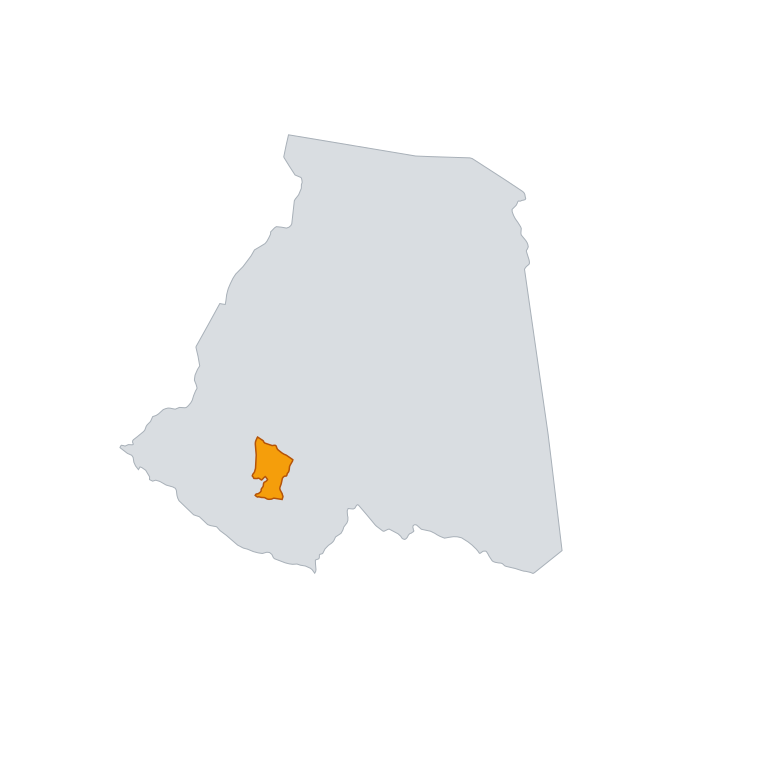 Laghouat on a map of Algeria (Albers equal-area conic projection), rotated 225°
{"feature_id": "DZA-2193", "entity_name": "Laghouat", "entity_type": "Province", "adm_level": 1, "iso_a3": "DZA", "parent_name": "Algeria", "parent_adm1": "", "projection": "albers", "projection_center": [2.543, 33.694], "detail": "fine", "context": "in_parent", "style": "filled", "palette": "amber", "viewbox_px": 768, "rotation_deg": 225, "n_neighbors": 0, "source": "natural_earth", "source_scale": "10m", "svg_char_len": 5561}
<svg xmlns="http://www.w3.org/2000/svg" viewBox="0 0 768 768"><g transform="rotate(225 384 384)"><path d="M525.7,152.3L526.3,153.7L526.4,155.0L524.5,156.3L523.2,157.0L521.9,160.4L519.1,162.9L518.7,163.6L518.7,164.2L520.7,165.1L521.5,166.0L521.8,167.3L521.2,172.0L520.4,180.3L520.5,182.1L521.4,184.2L522.2,185.8L522.6,187.7L522.6,192.4L523.6,195.0L524.5,197.4L522.9,200.6L522.3,203.4L522.1,207.3L522.0,209.8L521.0,212.1L519.7,214.3L518.1,215.7L516.1,217.0L513.8,218.6L512.1,222.8L508.1,226.3L507.2,227.5L507.0,230.2L507.3,234.0L508.1,236.9L510.4,241.2L512.4,246.0L513.0,248.4L513.7,249.2L516.3,250.7L520.7,252.6L521.5,253.5L523.9,256.7L526.2,262.5L527.1,266.5L535.1,272.1L542.8,276.9L543.4,277.7L548.5,295.6L550.3,301.9L557.0,324.8L554.9,326.2L552.5,328.0L554.6,331.0L558.4,335.9L560.8,339.9L561.7,341.6L563.7,346.6L565.4,351.5L565.8,353.1L566.6,356.9L566.7,367.4L568.6,380.7L570.4,387.2L568.8,393.4L567.4,399.2L567.7,402.1L569.0,406.5L570.2,409.8L571.7,411.4L571.8,417.0L571.4,419.1L567.5,422.3L563.2,425.3L562.1,427.6L561.9,430.2L562.6,432.2L577.0,450.2L577.5,452.0L578.1,457.3L580.8,463.9L583.4,466.6L584.4,468.7L586.2,470.1L587.9,471.2L589.0,471.2L594.7,468.9L605.0,471.1L614.8,473.4L615.6,473.9L622.0,483.6L627.7,492.7L522.8,567.6L511.1,578.4L483.2,604.6L481.0,605.8L442.9,614.0L423.0,618.0L422.1,618.2L420.9,618.2L420.1,618.2L418.4,617.6L416.3,616.1L414.9,615.3L414.6,614.1L415.4,612.6L416.4,611.2L416.7,610.0L417.4,609.2L418.3,608.5L418.3,607.5L417.6,606.0L416.9,603.8L416.9,599.8L416.9,598.0L415.1,596.4L411.6,594.8L408.5,593.8L407.0,593.5L403.5,592.9L398.7,591.8L397.0,591.1L393.8,587.4L392.3,586.4L385.1,585.7L382.7,585.1L380.7,584.2L379.0,583.0L378.1,581.0L377.8,579.3L377.2,578.5L369.3,574.4L367.3,573.0L366.2,571.7L366.2,569.9L366.4,567.6L366.1,565.5L365.8,564.5L232.3,464.4L225.4,459.0L209.8,446.8L140.3,392.1L144.1,357.8L144.4,356.0L144.9,355.3L147.3,354.3L151.3,351.8L152.7,350.6L154.6,349.5L161.0,346.2L162.4,345.3L168.7,341.4L170.1,340.8L173.3,340.7L174.7,340.0L176.6,338.4L179.4,336.5L181.2,335.7L181.6,335.6L182.7,335.5L188.0,336.6L190.2,337.3L192.9,337.9L193.8,337.8L194.5,337.2L195.7,335.8L196.0,334.1L196.2,332.6L196.5,332.0L197.0,331.8L198.1,332.0L199.7,332.3L202.9,332.5L204.0,332.4L207.7,332.4L212.9,331.8L220.4,330.1L224.1,327.8L226.9,325.2L229.8,321.3L232.2,317.8L236.6,315.9L240.2,314.8L242.3,314.4L247.0,312.8L254.9,307.7L261.3,307.3L262.1,306.8L263.0,305.9L263.2,304.3L262.2,303.0L260.9,302.3L260.1,301.6L259.2,301.4L258.7,300.6L259.1,299.1L259.3,297.7L260.0,296.4L259.9,294.4L259.2,292.4L259.0,291.0L259.1,289.6L259.6,288.6L261.0,287.9L262.5,287.7L264.6,288.2L268.2,288.0L277.7,285.1L278.4,284.1L279.2,281.8L279.9,279.8L280.9,279.2L281.5,279.1L289.0,278.1L290.6,278.1L304.5,279.4L316.4,280.3L317.5,279.8L317.5,278.3L316.8,275.5L317.4,273.8L319.2,272.3L321.3,270.6L320.4,268.4L318.8,266.9L316.5,265.0L315.3,264.3L313.2,262.1L312.0,259.6L311.3,254.5L309.8,251.6L308.8,248.0L310.1,241.6L308.7,237.7L308.5,236.0L308.6,234.0L309.2,230.6L309.1,225.7L307.5,220.7L308.4,219.0L308.9,218.2L308.8,217.4L307.2,215.8L306.5,214.4L307.0,213.2L307.9,211.5L307.8,210.7L305.3,208.4L300.9,204.7L299.8,203.2L299.2,201.2L303.5,201.9L305.7,201.7L310.9,199.7L315.1,196.7L318.2,195.2L321.1,191.9L323.7,189.9L327.4,187.7L337.9,183.0L339.5,183.0L342.8,184.2L345.8,183.9L347.9,182.2L350.2,178.1L353.6,175.6L357.9,173.1L363.7,170.7L367.5,168.5L373.5,166.6L388.5,165.5L396.2,164.4L401.4,164.7L406.7,161.1L409.3,159.9L420.7,159.6L426.1,156.9L446.4,156.5L449.0,157.4L451.4,158.7L455.7,162.0L457.8,162.7L460.5,161.9L466.6,158.5L473.6,156.6L477.4,154.6L478.9,151.7L482.2,150.6L484.1,152.6L491.5,154.5L496.0,153.7L497.9,152.9L497.1,149.8L501.8,150.4L505.5,151.8L509.5,154.7L512.0,155.2L516.4,153.5L525.7,152.3Z" fill="#d9dde1" stroke="#a8b0b8" stroke-width="1"/><path d="M394.9,266.0L394.2,264.8L393.0,260.3L392.4,258.8L390.3,256.2L389.8,255.3L389.4,254.6L389.3,254.0L389.1,252.4L388.9,252.0L388.7,251.6L388.3,251.0L388.1,250.5L388.0,250.1L388.1,249.8L388.2,249.6L389.1,248.6L389.3,247.9L389.4,247.1L389.3,246.0L389.0,245.2L386.1,240.7L384.6,237.5L384.2,236.9L383.9,236.5L383.5,236.2L382.8,235.8L381.8,235.4L378.4,234.4L377.5,233.8L376.4,233.3L376.0,233.1L375.6,232.6L374.4,230.3L381.0,225.5L381.4,225.0L381.6,224.4L381.8,223.9L382.1,223.1L382.7,222.4L383.8,221.1L384.6,220.5L385.2,220.1L387.9,219.3L388.4,219.0L390.6,217.0L392.6,215.8L393.0,215.5L393.1,215.2L393.3,214.8L393.5,214.7L393.9,214.5L395.5,214.2L396.4,214.2L396.6,215.6L396.5,215.9L396.3,216.3L395.7,217.0L395.4,217.6L395.2,218.4L395.0,219.9L395.1,220.8L395.3,221.5L395.5,221.8L396.0,222.3L396.3,222.6L396.5,223.0L396.7,223.7L397.0,225.9L397.2,226.3L397.5,226.8L398.2,227.7L398.6,228.1L398.8,228.6L399.1,229.2L399.2,229.7L399.1,230.1L398.7,231.5L398.6,232.1L398.6,232.4L398.7,233.8L398.9,234.2L399.2,234.3L399.8,234.3L401.6,234.6L402.3,234.5L402.5,234.5L402.5,234.4L402.6,233.8L402.7,233.0L402.6,230.2L402.6,229.9L402.7,229.6L402.8,229.5L403.0,229.4L405.0,229.1L406.0,228.8L406.3,228.6L406.5,228.4L406.7,227.7L406.9,227.4L407.2,227.1L408.8,225.6L409.1,225.3L409.4,225.3L409.7,225.3L410.2,225.6L410.4,225.7L410.7,225.7L411.7,225.7L412.2,225.9L412.4,226.2L413.0,227.7L413.2,229.6L413.4,230.2L413.7,230.8L415.2,233.5L424.1,243.4L432.6,250.6L433.3,251.4L433.9,252.1L434.6,253.5L435.7,256.3L435.9,257.1L429.6,258.4L428.9,258.4L428.3,258.0L428.1,258.0L427.0,257.9L426.4,258.0L419.7,261.3L419.2,261.8L418.4,262.9L417.9,263.4L417.4,263.8L416.8,263.9L416.2,263.8L414.4,262.9L413.8,262.7L412.6,262.5L407.9,263.0L405.2,263.6L402.7,264.6L394.9,266.0Z" fill="#f59e0b" stroke="#b45309" stroke-width="1.5"/></g></svg>